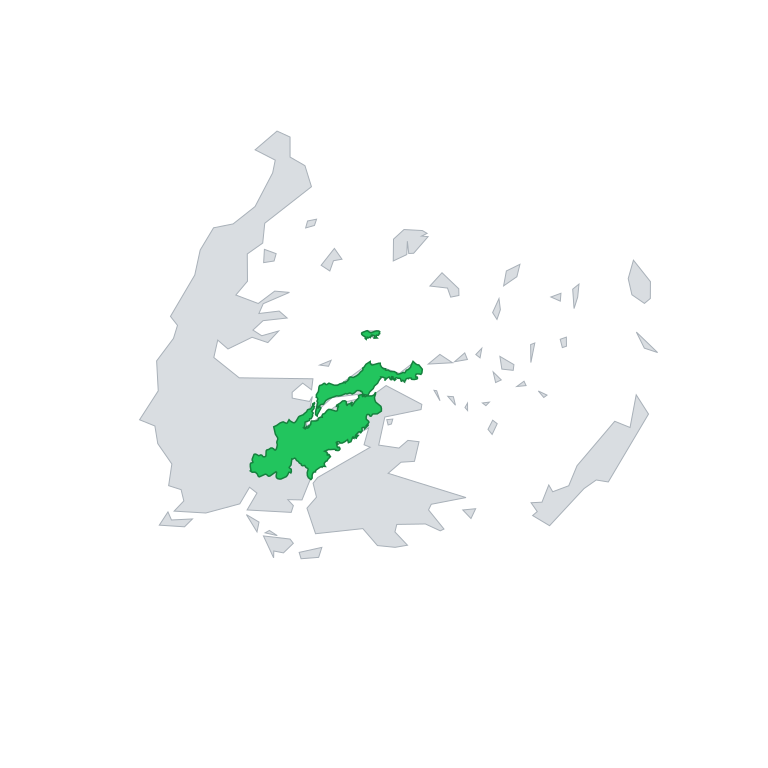 Greece, with Stereá Elláda highlighted, rotated 305°
{"feature_id": "GRC-2989", "entity_name": "Stereá Elláda", "entity_type": "Region", "adm_level": 1, "iso_a3": "GRC", "parent_name": "Greece", "parent_adm1": "", "projection": "natural_earth1", "projection_center": [23.212, 38.602], "detail": "fine", "context": "in_parent", "style": "filled", "palette": "green", "viewbox_px": 768, "rotation_deg": 305, "n_neighbors": 0, "source": "natural_earth", "source_scale": "10m", "svg_char_len": 9871}
<svg xmlns="http://www.w3.org/2000/svg" viewBox="0 0 768 768"><g transform="rotate(305 384 384)"><path d="M501.9,144.1L529.8,151.3L532.4,165.4L516.0,176.9L517.5,194.0L504.0,211.4L447.3,194.1L429.9,203.8L412.1,197.4L389.9,213.2L371.9,211.6L377.8,234.8L397.4,241.2L404.8,254.0L380.5,239.0L370.0,241.1L383.6,256.3L382.5,266.8L366.5,248.6L353.0,245.7L353.4,256.2L367.0,267.3L351.3,265.1L346.6,249.1L323.2,236.1L324.6,222.6L308.1,229.4L306.0,261.8L347.5,322.8L337.7,328.0L338.1,316.9L324.5,313.5L319.8,316.9L322.5,323.1L327.0,333.0L332.7,332.5L304.5,344.6L343.3,359.2L367.8,381.1L383.9,386.6L389.0,426.7L384.3,429.0L357.4,403.6L330.9,414.7L340.1,433.0L351.5,435.9L356.8,445.8L338.1,453.3L329.7,442.8L313.2,438.6L338.0,516.3L312.6,491.7L306.4,492.7L299.6,516.3L296.0,514.3L293.1,498.2L276.3,475.0L269.1,477.8L265.4,495.7L256.6,486.8L247.9,471.3L253.4,449.6L222.1,413.8L238.1,392.1L252.6,393.6L262.1,382.8L269.4,383.3L324.3,409.0L322.8,402.5L339.3,396.6L296.0,375.0L290.2,380.8L270.1,376.8L242.0,383.3L234.1,371.5L232.4,379.5L225.6,381.6L202.3,344.1L221.8,342.5L222.3,333.1L203.1,334.6L176.1,312.0L159.5,285.0L173.4,287.1L181.1,278.4L177.2,265.9L196.8,256.1L205.4,232.9L218.2,220.4L214.5,204.3L248.9,203.0L272.5,184.5L300.6,185.4L313.6,181.2L316.9,170.3L364.7,166.5L388.3,156.6L414.2,154.8L428.6,168.6L455.4,176.6L493.1,171.7L505.0,166.5L501.9,144.1ZM377.8,581.2L395.8,576.9L392.5,584.0L406.6,593.7L427.8,589.0L485.8,594.4L489.5,610.5L519.8,596.8L511.1,617.9L432.4,623.9L427.1,612.9L413.0,607.8L362.9,600.9L361.5,581.2L367.4,582.7L371.1,572.6L377.8,581.2ZM343.6,333.0L358.7,348.4L392.9,360.1L401.5,390.5L417.8,395.6L418.7,404.6L406.3,404.7L388.0,378.4L365.9,374.6L343.2,349.3L321.6,344.3L343.6,333.0ZM522.0,311.8L531.7,327.4L532.1,332.9L526.7,329.9L530.0,335.6L508.1,333.3L505.1,329.4L514.4,321.2L503.1,328.4L490.1,321.0L508.1,308.7L522.0,311.8ZM606.8,553.1L599.4,551.1L599.3,535.9L610.4,523.6L628.5,517.3L620.7,543.5L606.8,553.1ZM504.9,390.6L499.5,394.6L493.4,388.8L499.0,381.0L490.6,365.4L508.4,367.7L504.9,390.6ZM190.4,372.4L203.1,396.0L201.5,401.1L188.0,398.5L184.0,389.5L178.3,393.3L190.4,372.4ZM163.6,304.5L152.6,302.5L139.5,280.9L155.3,280.4L150.7,287.9L163.6,304.5ZM466.6,265.6L462.1,278.0L456.0,271.9L445.5,274.8L445.2,264.4L466.6,265.6ZM546.8,419.4L560.0,426.7L548.1,431.3L533.0,425.7L546.8,419.4ZM428.9,220.9L421.7,223.4L414.4,215.8L425.7,208.8L428.9,220.9ZM197.4,411.1L214.5,426.8L204.5,429.9L193.3,416.3L197.4,411.1ZM474.4,479.3L469.3,482.0L463.8,472.0L473.1,463.1L474.4,479.3ZM440.3,412.8L440.7,427.9L425.7,408.8L440.3,412.8ZM571.3,560.9L566.7,590.1L562.7,576.7L571.3,560.9ZM199.2,360.8L190.0,364.8L198.1,346.2L199.2,360.8ZM334.4,530.6L323.7,532.4L326.0,520.8L334.4,530.6ZM554.8,496.4L569.9,484.2L577.7,486.4L566.3,492.8L554.8,496.4ZM501.7,439.5L504.8,432.0L519.9,429.2L511.6,436.7L501.7,439.5ZM456.5,466.5L454.6,477.7L449.2,474.6L456.5,466.5ZM455.8,432.3L451.9,438.3L442.7,429.0L455.8,432.3ZM423.9,348.7L416.4,350.1L413.2,336.6L417.6,339.3L423.9,348.7ZM480.3,234.2L474.0,236.1L466.9,230.3L473.7,227.9L480.3,234.2ZM416.7,493.8L416.4,499.5L404.7,501.5L406.5,495.2L416.7,493.8ZM504.1,484.0L485.8,492.0L500.4,481.5L504.1,484.0ZM408.7,431.0L402.4,439.5L407.5,428.6L408.7,431.0ZM469.4,443.6L460.5,447.7L460.8,442.3L469.4,443.6ZM527.0,506.5L519.6,511.8L516.1,509.2L521.7,502.7L527.0,506.5ZM559.8,476.9L553.0,480.9L551.0,470.8L559.8,476.9ZM413.4,448.1L407.6,454.7L410.5,443.3L413.4,448.1ZM198.3,374.1L198.6,383.5L193.9,372.0L198.3,374.1ZM466.6,497.1L464.2,501.3L458.1,494.2L466.6,497.1ZM373.1,327.1L366.7,328.4L362.6,320.4L373.1,327.1ZM360.3,411.3L355.5,413.0L352.8,410.9L356.4,406.7L360.3,411.3ZM416.2,463.4L410.2,467.7L411.2,463.8L416.2,463.4ZM466.8,514.4L468.4,523.9L464.6,522.6L466.8,514.4ZM429.6,480.7L424.7,479.9L424.9,475.5L429.6,480.7Z" fill="#d9dde1" stroke="#a8b0b8" stroke-width="1"/><path d="M328.7,337.8L328.1,338.4L326.5,338.4L325.3,338.9L325.7,339.9L324.9,340.0L323.7,340.7L320.2,340.4L319.7,342.5L319.3,342.8L317.8,342.9L317.1,343.8L313.8,344.2L312.9,343.0L311.3,343.8L307.5,341.2L305.1,342.7L303.5,343.0L302.8,343.8L302.0,343.3L302.0,345.2L304.7,344.8L304.7,345.2L303.6,345.9L304.1,346.8L305.2,347.1L305.9,346.2L306.2,346.2L305.9,347.2L308.1,346.9L308.6,347.2L311.4,345.8L312.1,345.8L314.6,349.4L316.3,350.6L318.5,350.1L319.2,350.3L321.0,351.7L321.4,352.5L322.5,351.4L324.1,351.1L325.8,352.3L329.8,352.6L331.3,353.1L332.3,354.5L334.1,360.0L334.8,360.8L335.9,360.9L337.8,359.7L339.3,359.7L340.0,358.8L338.5,357.9L339.5,357.4L343.3,359.1L346.3,359.8L347.7,361.4L348.0,362.4L347.8,363.2L345.6,365.0L345.1,366.6L345.7,365.8L346.4,365.7L348.3,367.4L350.6,368.1L350.6,368.6L348.2,369.0L347.6,370.0L347.9,370.4L352.7,370.3L358.4,371.3L359.8,369.8L361.1,370.5L363.1,372.5L361.5,373.4L361.5,373.9L362.8,374.4L363.0,374.8L362.7,375.8L364.4,376.7L367.1,380.8L369.3,382.2L372.5,381.8L370.7,382.9L367.5,383.9L365.6,385.7L364.4,387.6L363.9,394.3L362.4,396.0L360.3,397.4L355.7,395.6L353.4,392.5L352.6,391.9L350.5,392.0L349.7,391.2L349.9,390.3L350.4,389.4L349.9,388.2L349.0,387.6L346.9,388.2L345.0,389.6L344.6,392.9L343.8,393.7L338.7,393.3L341.2,394.1L341.3,394.6L341.0,394.7L336.2,393.8L337.4,392.9L335.9,391.3L335.1,391.2L333.3,392.9L330.7,392.9L330.7,392.4L331.8,392.4L330.3,390.7L326.2,390.1L325.1,390.3L324.5,391.4L326.1,391.2L326.8,391.6L327.2,392.4L324.5,392.1L323.7,392.4L322.9,389.0L322.5,389.0L322.1,390.0L321.8,389.0L317.8,390.0L315.5,388.5L317.5,386.1L314.2,385.0L311.6,383.6L310.4,381.7L311.0,380.5L310.1,379.0L308.8,378.4L307.7,379.7L308.7,379.8L308.8,380.4L308.2,380.8L306.9,380.3L305.4,382.2L305.4,382.6L306.5,383.2L306.5,383.6L306.0,384.0L306.2,384.6L305.5,385.3L304.0,385.2L303.1,384.6L302.0,382.5L302.7,382.2L301.9,380.6L299.2,377.3L298.7,376.2L294.9,373.9L295.3,376.6L293.3,378.3L294.0,379.1L294.5,378.7L294.7,379.4L294.6,379.9L293.7,380.7L294.1,381.2L293.8,381.8L290.4,381.2L288.2,381.4L287.2,380.6L284.8,380.5L283.2,382.0L282.8,383.2L281.6,381.2L280.3,381.0L280.4,380.2L279.6,379.6L274.8,377.8L273.7,377.7L272.7,378.3L271.4,376.9L269.7,376.9L268.0,377.5L265.7,379.1L263.9,379.0L263.6,378.5L264.0,377.4L263.8,376.0L265.0,373.8L267.4,371.9L270.6,370.8L271.1,370.0L270.9,367.8L271.8,365.8L270.2,364.0L270.1,363.0L270.9,362.2L270.7,360.0L271.4,358.2L271.2,356.2L272.1,354.4L272.1,353.4L269.9,352.1L269.8,351.5L264.3,354.3L261.3,354.1L260.9,355.0L261.0,356.9L258.9,358.5L257.7,358.7L257.8,357.8L257.2,356.7L254.1,357.2L252.1,357.1L247.2,354.2L246.4,353.3L245.5,351.3L245.5,350.3L245.9,349.2L246.8,348.4L250.1,346.7L250.1,345.8L243.3,343.4L242.4,342.6L242.2,341.6L242.5,339.8L242.1,338.5L236.5,335.2L236.2,334.2L237.7,331.5L237.7,330.5L238.0,329.6L237.6,328.6L236.1,326.6L236.1,324.3L236.9,324.6L239.6,321.9L241.7,320.4L242.7,320.2L244.5,321.6L245.4,320.8L245.8,319.9L246.9,319.1L251.8,317.9L252.7,318.6L253.1,319.7L253.4,322.6L255.2,323.7L255.6,324.7L255.1,326.6L255.5,327.6L256.4,328.3L257.4,328.5L261.7,325.8L262.7,325.8L264.6,327.3L266.5,327.9L267.4,329.0L267.6,331.0L267.2,331.9L267.5,332.9L268.4,333.1L270.5,332.6L273.0,331.5L274.5,329.8L275.6,329.2L277.7,328.7L278.9,327.8L280.6,323.8L285.7,318.2L288.4,319.8L292.4,321.2L294.4,322.5L295.2,323.2L295.7,326.4L296.6,327.1L300.3,326.7L299.9,328.4L300.2,331.6L300.6,332.6L301.5,333.1L303.7,333.3L308.0,332.9L309.1,333.2L312.7,335.6L313.7,335.6L316.8,336.5L318.9,336.2L319.8,336.6L321.5,338.2L324.8,338.0L327.0,337.0L328.7,337.8ZM419.2,394.8L418.7,398.3L418.8,400.1L419.6,401.6L418.1,406.9L414.8,408.7L413.0,408.7L412.6,407.4L411.3,405.3L410.3,404.6L408.8,405.2L407.8,406.3L408.7,406.9L408.7,407.4L407.8,408.2L407.0,408.1L405.1,406.3L403.7,404.0L403.7,403.6L404.4,403.0L403.7,401.5L403.2,401.0L402.4,401.1L402.1,399.9L401.1,399.3L399.9,399.2L399.0,399.7L398.2,399.2L397.4,399.7L397.4,399.2L397.8,399.1L397.8,397.2L397.3,396.8L396.4,397.0L396.2,396.5L397.8,394.3L397.7,393.4L396.8,392.4L396.3,390.6L394.7,389.8L393.9,390.0L394.2,390.9L393.0,390.6L393.2,389.3L395.0,387.1L394.5,386.1L394.0,386.1L393.1,387.1L392.9,387.9L392.0,387.9L392.3,386.5L391.5,386.5L392.7,384.1L390.3,383.0L387.2,382.6L389.1,381.9L389.6,381.2L389.1,380.5L389.1,379.3L388.1,377.6L388.0,378.0L384.6,377.8L380.8,378.3L376.9,377.3L374.0,377.8L369.3,376.8L365.8,377.3L365.2,376.6L363.8,373.4L363.4,373.9L362.7,373.9L365.0,370.5L364.6,369.6L364.6,369.0L365.0,369.0L365.0,368.6L363.8,366.5L363.0,365.5L359.6,364.8L357.6,363.7L357.2,361.3L354.6,359.4L354.2,358.1L350.6,355.9L348.1,353.7L347.2,352.0L340.4,347.2L337.1,345.8L332.8,346.0L331.0,344.1L327.2,343.0L326.4,343.3L326.4,343.8L328.0,344.1L328.5,344.8L328.4,345.8L327.9,346.2L320.7,347.0L319.4,347.7L319.5,346.1L319.7,345.5L321.8,344.0L330.9,340.4L331.5,338.9L333.8,338.4L334.4,337.2L334.3,336.0L335.1,335.8L336.2,334.8L340.3,334.5L344.4,332.4L345.9,332.2L347.6,333.6L350.0,334.4L350.6,335.1L350.2,336.4L350.7,337.5L353.1,338.4L354.5,344.1L356.2,346.6L358.7,347.7L361.1,349.8L362.6,350.1L362.6,351.5L363.4,351.1L364.1,351.8L366.5,352.5L367.1,352.1L367.7,352.5L368.8,351.8L369.9,352.0L370.8,352.9L371.7,355.1L375.1,356.9L377.6,357.7L380.3,357.9L382.7,358.6L383.8,358.5L384.8,357.4L386.0,358.0L389.8,357.9L394.5,359.8L392.9,361.0L392.6,362.9L392.9,363.6L398.0,367.8L398.9,369.0L397.5,370.1L396.4,372.4L396.2,374.9L397.3,376.4L397.3,376.8L396.3,377.2L396.4,377.8L397.7,379.3L398.0,382.2L400.1,385.3L400.1,387.2L400.4,387.7L399.7,389.0L400.1,389.9L402.4,391.9L404.4,392.9L405.0,394.5L405.4,394.8L408.1,394.4L409.7,395.6L413.0,396.2L414.1,395.7L419.2,394.8ZM423.3,347.5L424.4,349.3L424.4,350.5L423.7,350.6L423.0,351.5L422.6,351.6L422.1,351.1L421.2,351.5L420.5,351.3L419.8,349.9L418.7,350.2L418.0,350.9L417.8,352.0L415.9,349.6L418.2,348.7L417.3,346.1L416.6,346.7L416.3,346.7L416.1,345.9L415.6,345.7L414.3,346.2L414.3,345.4L413.0,344.9L412.8,343.8L412.4,344.3L411.4,343.3L410.4,343.8L410.5,342.5L411.9,341.5L411.6,339.4L411.8,337.5L412.3,336.8L413.5,336.5L417.4,339.1L418.2,339.9L418.1,342.4L418.5,344.0L422.1,346.4L423.3,347.5Z" fill="#22c55e" stroke="#15803d" stroke-width="1.5"/></g></svg>